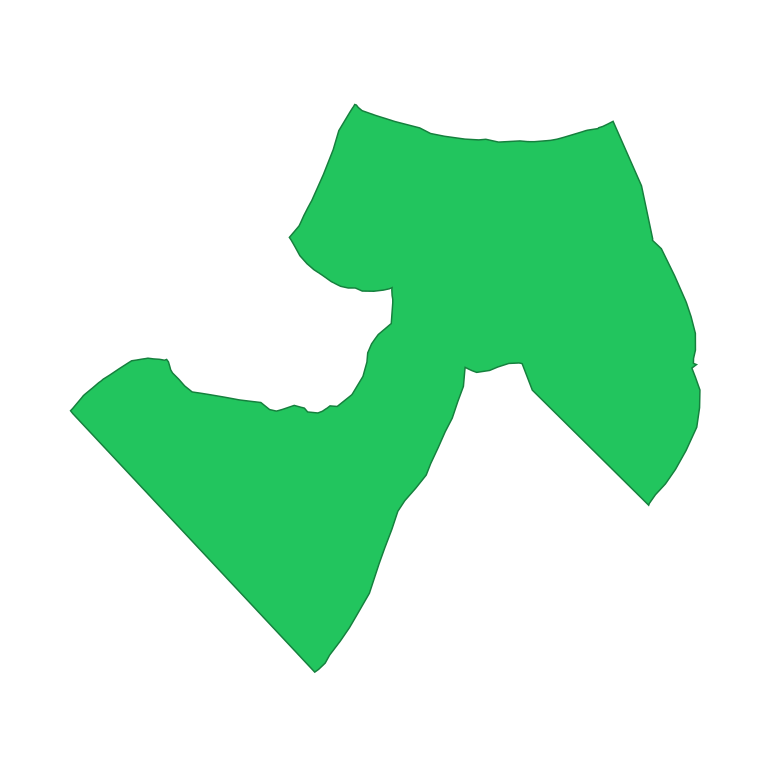 Village, Anse-la-Raye, Saint Lucia (Albers equal-area conic projection), rotated 85°
{"feature_id": "8701671B42639255298272", "entity_name": "Village", "entity_type": "district", "adm_level": 2, "iso_a3": "LCA", "parent_name": "Saint Lucia", "parent_adm1": "Anse-la-Raye", "projection": "albers", "projection_center": [-61.042, 13.939], "detail": "fine", "context": "isolated", "style": "filled", "palette": "green", "viewbox_px": 768, "rotation_deg": 85, "n_neighbors": 0, "source": "geoboundaries", "source_scale": "gbopen_adm2", "svg_char_len": 2717}
<svg xmlns="http://www.w3.org/2000/svg" viewBox="0 0 768 768"><g transform="rotate(85 384 384)"><path d="M391.9,71.0L390.9,73.0L390.2,74.0L388.9,73.8L385.5,73.4L377.4,70.8L360.7,69.4L343.8,72.2L329.6,75.6L327.6,76.2L301.4,85.1L296.0,87.2L273.4,95.9L264.3,104.0L262.8,103.7L209.0,110.2L142.3,132.9L144.5,138.3L146.5,143.6L147.4,147.7L148.2,148.7L148.3,150.1L148.9,159.1L149.2,161.0L150.1,164.9L150.8,168.2L153.9,183.2L155.2,190.3L155.8,196.8L155.8,200.7L155.7,213.1L155.1,219.6L153.7,227.4L153.0,248.8L149.1,261.2L149.1,263.2L149.1,268.3L147.1,282.0L142.5,302.1L139.5,312.4L138.5,315.8L132.0,326.1L123.5,350.2L115.7,369.0L109.8,382.0L106.2,385.6L103.7,387.2L103.0,388.8L105.2,390.3L106.2,391.2L107.1,391.9L110.4,394.4L127.6,406.9L142.1,412.6L146.2,414.2L170.0,426.1L195.2,440.1L196.6,441.1L202.4,444.9L203.4,445.5L209.1,449.1L216.4,453.2L218.4,454.4L219.2,454.9L229.7,465.5L232.6,463.9L240.0,460.5L247.3,457.3L248.9,456.6L257.5,450.2L264.0,443.9L266.9,440.2L269.9,436.4L277.4,427.6L281.1,421.7L282.9,418.7L285.2,411.4L285.6,407.0L285.9,404.1L289.5,397.6L290.7,386.1L290.4,376.4L289.6,370.3L288.7,367.6L291.0,368.0L296.6,368.2L298.8,368.0L300.4,367.9L301.6,368.0L303.9,368.2L324.4,371.5L334.2,385.4L338.3,389.0L343.0,392.9L349.7,396.5L351.5,397.5L360.7,399.1L367.9,401.8L374.6,404.3L390.8,416.1L391.9,417.0L393.6,419.5L402.3,432.6L401.1,439.7L403.0,442.6L403.8,444.2L405.8,447.8L407.1,452.4L405.2,462.5L401.1,465.4L400.4,467.3L400.1,468.3L397.5,475.3L400.4,487.1L401.1,490.6L401.6,493.6L399.5,500.2L394.2,505.7L391.7,508.3L389.9,517.0L387.7,527.4L387.1,530.1L385.4,536.1L383.1,544.5L379.2,559.4L377.0,568.2L376.0,572.5L375.2,575.8L368.6,582.7L367.0,583.9L361.4,588.0L354.6,593.7L351.2,595.3L349.4,595.6L347.7,595.9L343.2,596.8L340.6,598.4L341.2,600.6L340.3,603.7L339.8,605.7L338.9,611.5L338.5,613.2L337.7,617.0L337.9,619.1L338.1,622.7L338.6,628.7L338.8,632.1L338.9,633.5L339.5,634.6L340.5,636.6L345.7,646.5L351.4,656.8L354.7,663.3L356.3,665.5L357.9,668.2L363.0,675.3L363.5,676.1L368.0,682.6L369.4,684.5L371.2,686.2L374.1,689.1L379.1,694.1L381.4,696.4L382.7,697.9L383.3,698.6L386.5,696.5L665.0,478.1L662.5,473.9L656.9,466.9L649.2,461.7L636.0,449.7L623.8,439.7L618.6,436.0L609.1,429.3L591.2,416.8L562.5,404.5L547.5,397.6L529.4,388.8L512.0,381.3L502.0,373.4L490.6,361.5L478.4,349.9L467.5,344.5L451.8,335.4L436.9,327.2L424.0,319.0L408.1,312.1L393.3,305.1L377.4,302.3L374.5,301.7L376.8,297.9L378.4,295.1L380.5,290.7L380.2,285.8L379.7,277.6L377.0,269.2L374.4,257.9L374.8,247.9L375.1,246.4L375.8,244.6L403.0,236.8L527.8,130.9L526.1,130.1L518.0,123.3L508.0,112.3L494.5,101.1L476.6,88.9L454.3,76.2L435.1,71.7L417.5,69.8L404.7,73.1L395.0,75.9L392.8,72.5L391.9,71.0Z" fill="#22c55e" stroke="#15803d" stroke-width="1.5"/></g></svg>